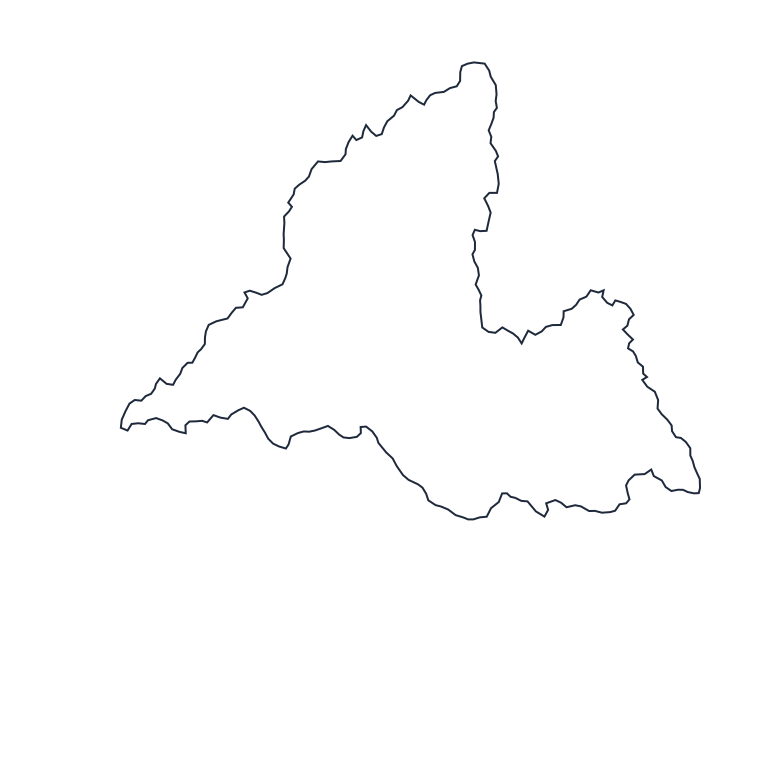 outline of Quitandinha, Paraná, Brazil, rotated 332°
{"feature_id": "56859067B47422460972833", "entity_name": "Quitandinha", "entity_type": "district", "adm_level": 2, "iso_a3": "BRA", "parent_name": "Brazil", "parent_adm1": "Paraná", "projection": "mercator", "projection_center": [-49.482, -25.922], "detail": "fine", "context": "isolated", "style": "outline", "palette": "slate", "viewbox_px": 768, "rotation_deg": 332, "n_neighbors": 0, "source": "geoboundaries", "source_scale": "gbopen_adm2", "svg_char_len": 3862}
<svg xmlns="http://www.w3.org/2000/svg" viewBox="0 0 768 768"><g transform="rotate(332 384 384)"><path d="M636.9,433.3L635.3,426.9L631.3,422.5L627.5,418.8L622.5,421.8L619.2,417.1L617.5,409.6L621.9,404.4L616.3,403.9L610.5,398.3L603.7,401.9L596.3,401.3L590.8,404.3L585.0,405.7L576.8,404.1L573.8,409.4L567.8,414.9L560.3,411.0L553.8,409.6L547.9,411.6L540.7,411.6L536.3,404.6L529.7,409.1L524.6,412.8L524.0,405.8L521.6,399.9L518.3,394.9L515.1,389.6L506.4,391.1L500.8,387.1L497.3,380.2L501.1,370.5L502.9,365.8L505.8,360.3L508.1,355.2L511.5,351.6L511.8,345.2L511.6,339.2L518.8,332.7L521.4,325.5L521.3,318.1L523.0,311.0L527.3,308.2L531.0,301.3L532.1,294.1L536.6,290.5L540.7,294.2L546.5,296.9L553.1,289.1L558.6,282.8L559.5,275.8L559.7,267.1L566.8,264.7L573.5,268.3L579.3,261.1L583.0,251.9L584.5,246.4L586.5,239.2L591.6,236.6L592.2,230.6L591.1,221.4L594.8,216.1L595.5,209.2L601.2,204.5L605.8,200.3L608.7,195.5L613.3,193.2L615.5,186.5L619.3,181.2L623.0,172.6L622.5,162.8L624.0,156.7L623.3,148.4L614.4,142.3L608.2,140.4L602.0,139.9L597.7,144.5L593.5,152.1L588.0,155.3L581.2,153.7L574.0,154.2L565.8,151.0L560.3,150.7L554.8,153.2L550.5,156.2L547.1,151.2L543.0,141.7L538.3,145.2L530.3,148.2L524.0,148.2L518.8,151.8L510.4,153.5L504.5,157.4L499.3,162.3L493.6,161.3L491.1,155.1L489.7,147.0L484.6,151.0L480.4,156.0L474.1,155.6L472.8,150.0L466.4,153.7L460.6,158.7L457.9,163.1L450.3,166.7L442.3,162.9L436.1,160.4L430.2,156.5L420.9,160.3L415.1,165.6L409.9,167.5L402.9,168.2L396.9,169.6L393.2,174.2L384.6,178.9L385.9,184.3L381.1,187.0L374.4,189.2L371.5,195.3L368.7,199.8L365.8,204.4L363.4,209.5L359.2,216.9L360.4,229.4L353.7,235.5L350.0,240.8L346.5,244.2L341.2,248.3L332.5,248.0L323.8,249.0L317.8,247.8L314.3,243.7L309.3,238.6L303.8,237.7L303.9,244.4L295.3,250.0L289.0,247.2L282.8,249.7L276.6,252.7L271.1,251.3L265.3,249.9L257.0,249.5L251.5,253.9L247.8,258.8L244.6,264.6L238.8,267.4L234.3,268.6L230.1,271.7L224.8,275.2L220.5,273.1L213.5,275.2L208.9,279.3L202.0,282.5L197.4,285.7L192.1,281.8L188.8,273.8L182.7,276.9L179.4,280.5L173.8,283.3L167.9,282.8L161.9,284.8L156.4,281.1L150.1,281.8L142.9,286.7L135.7,292.4L131.1,299.1L135.7,304.7L142.4,300.8L148.6,303.3L154.2,307.1L158.6,305.2L166.8,307.1L171.4,312.2L174.6,317.2L175.7,324.5L180.9,330.2L185.8,334.4L189.3,327.2L194.6,325.8L200.9,328.9L206.1,331.1L209.8,334.9L218.8,331.4L223.8,336.9L229.8,341.5L234.8,339.2L242.8,338.8L249.2,339.2L253.2,344.9L255.0,351.1L255.6,358.2L255.6,364.1L256.1,371.1L256.1,378.0L258.1,384.6L262.0,389.9L267.1,394.9L271.3,392.6L277.1,386.6L285.0,386.9L290.8,388.2L295.6,391.0L301.0,392.6L306.5,393.5L314.8,394.7L318.5,401.1L320.7,407.7L323.2,412.2L328.0,415.5L335.2,417.9L340.5,416.5L343.2,411.0L348.2,413.2L351.4,420.4L352.4,428.2L351.4,433.3L353.8,445.4L356.7,453.8L356.7,462.4L358.0,473.3L360.7,480.2L366.9,488.5L369.3,493.5L369.7,500.8L368.5,507.5L372.7,515.2L376.7,518.8L381.7,524.9L385.7,533.4L391.4,539.1L394.7,543.0L399.4,545.5L405.9,546.7L412.4,549.4L420.2,543.9L429.9,542.1L436.9,536.1L441.2,538.2L442.8,543.0L446.4,546.1L450.4,551.7L455.6,555.0L458.3,567.8L463.4,576.4L469.8,572.2L471.2,565.5L480.8,566.9L484.6,571.9L487.3,578.5L495.9,580.8L500.4,584.5L505.5,592.5L510.6,595.0L516.1,600.0L523.6,603.3L528.6,604.4L535.5,600.8L541.8,603.0L546.6,601.1L547.9,595.0L550.1,587.2L554.8,583.9L562.8,581.7L571.8,585.9L579.8,585.0L579.0,592.0L584.0,599.6L584.3,607.2L587.5,613.4L594.0,615.4L598.3,617.8L601.5,622.0L606.4,626.1L610.7,628.1L614.2,624.2L618.2,616.1L618.5,610.3L619.0,603.3L620.5,596.6L620.9,590.9L624.3,584.5L623.3,576.9L620.8,571.0L616.8,568.0L616.2,560.8L618.5,555.6L617.4,548.5L615.0,541.0L614.0,534.1L618.5,526.9L619.5,518.0L615.2,510.0L614.0,501.6L619.5,501.3L617.7,496.5L620.8,490.3L618.2,484.1L619.5,477.5L619.2,472.2L616.2,467.1L619.5,463.2L624.7,461.6L622.7,455.7L620.5,448.0L626.2,446.8L630.7,441.9L636.9,440.2L636.9,433.3Z" fill="none" stroke="#1e293b" stroke-width="2"/></g></svg>